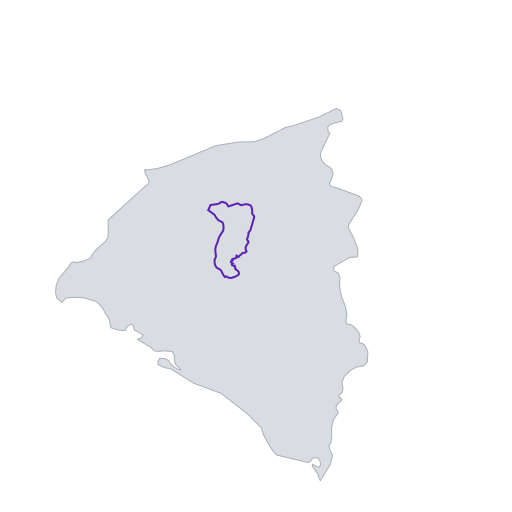 Nicaragua, with Boaco highlighted, rotated 118°
{"feature_id": "NIC-668", "entity_name": "Boaco", "entity_type": "Department", "adm_level": 1, "iso_a3": "NIC", "parent_name": "Nicaragua", "parent_adm1": "", "projection": "mercator", "projection_center": [-85.423, 12.417], "detail": "fine", "context": "in_parent", "style": "outline", "palette": "violet", "viewbox_px": 512, "rotation_deg": 118, "n_neighbors": 0, "source": "natural_earth", "source_scale": "10m", "svg_char_len": 4334}
<svg xmlns="http://www.w3.org/2000/svg" viewBox="0 0 512 512"><g transform="rotate(118 256 256)"><path d="M424.2,93.7L422.2,96.5L419.9,98.4L415.1,107.6L413.5,108.4L413.1,101.6L410.3,100.7L407.0,103.2L405.1,106.7L408.0,111.2L410.6,111.3L413.7,112.5L422.0,144.0L420.2,149.7L415.0,158.4L410.1,165.8L405.2,170.5L399.2,190.3L393.7,222.4L397.6,251.2L395.6,277.8L397.4,284.0L397.9,291.8L393.8,293.2L391.6,293.0L389.2,288.2L389.5,284.0L391.9,279.0L392.9,272.3L391.7,268.8L389.4,276.5L385.2,279.9L382.4,281.1L379.7,285.0L382.6,292.2L386.2,297.5L387.4,301.4L386.1,305.9L385.3,321.4L384.0,321.0L382.6,318.9L378.8,318.7L378.3,325.0L378.6,328.5L375.4,331.2L374.2,333.8L376.9,335.7L379.8,336.9L383.4,336.6L386.5,344.3L387.4,350.5L380.4,356.3L378.1,361.0L374.1,366.8L371.9,372.5L371.3,376.5L374.0,389.4L378.7,398.6L382.7,404.4L388.1,405.6L386.9,411.7L382.8,415.6L375.5,418.8L367.4,419.4L354.2,416.4L348.9,416.0L346.8,414.4L346.1,411.4L342.4,406.9L335.5,400.9L331.5,401.3L324.9,400.0L314.1,395.9L309.1,395.4L302.0,398.9L293.6,403.5L273.5,396.3L259.4,391.3L246.7,386.7L243.3,385.0L240.5,385.3L238.1,387.7L235.4,391.9L234.5,393.2L233.0,394.3L231.4,394.6L231.3,392.6L225.1,384.2L215.2,374.2L177.3,343.2L163.4,324.7L156.0,311.3L148.8,304.4L128.4,290.1L123.7,284.5L103.4,265.4L88.0,254.3L87.8,249.5L94.1,243.6L97.2,243.8L100.6,248.1L106.1,252.9L108.7,253.0L112.5,250.7L112.6,248.5L133.3,247.5L137.0,246.3L140.8,242.8L142.7,237.9L143.0,233.1L143.8,229.8L147.2,226.5L153.2,225.5L157.9,225.1L159.3,222.9L157.9,215.7L155.4,198.2L154.8,193.3L155.7,189.7L157.6,188.4L166.8,187.5L184.2,189.0L187.6,187.9L194.5,177.9L201.0,170.6L205.6,167.3L209.3,166.3L213.5,172.8L228.2,182.1L230.7,181.6L232.1,181.1L232.6,179.7L232.3,175.4L236.0,171.5L243.6,168.0L251.3,161.8L259.0,153.0L265.7,147.8L271.3,146.2L273.5,143.8L272.1,140.5L272.6,135.8L274.8,129.8L278.1,126.3L282.4,125.3L284.1,123.4L283.2,120.6L284.1,117.4L288.0,112.3L297.3,107.9L302.6,109.4L307.0,115.3L313.3,119.3L321.3,121.5L327.6,120.7L332.1,117.0L336.1,115.8L339.7,117.3L341.5,116.5L341.7,113.4L343.6,112.6L347.1,114.3L350.2,114.7L352.9,113.9L353.9,112.4L354.5,110.9L356.5,109.7L363.5,110.8L371.3,109.0L380.0,104.3L385.8,102.2L388.6,102.7L392.0,100.3L396.0,95.0L405.0,92.6L424.2,93.7Z" fill="#d9dde1" stroke="#a8b0b8" stroke-width="1"/><path d="M256.5,266.5L256.9,266.6L257.6,266.8L258.3,267.4L258.9,268.2L259.2,268.9L259.7,269.2L262.2,270.1L263.6,270.8L264.8,270.9L265.3,271.3L265.2,271.5L264.8,273.4L265.3,273.4L266.6,272.6L267.4,272.7L269.7,275.4L270.2,275.5L270.4,274.7L270.7,274.5L271.4,274.7L272.1,275.2L272.5,275.5L273.0,275.5L273.3,275.0L273.5,274.4L273.6,273.7L273.5,272.9L274.8,273.3L275.4,272.7L275.3,271.5L274.5,270.3L275.5,269.4L275.8,269.2L275.7,269.0L276.3,268.5L276.9,268.1L277.1,268.2L277.4,267.0L277.7,264.9L278.1,264.0L279.5,262.7L280.9,262.7L282.3,263.4L284.5,265.1L284.8,265.2L285.4,266.2L286.1,266.5L286.5,266.9L287.0,267.5L287.6,268.7L288.0,269.7L288.1,271.1L287.8,272.3L287.9,272.6L288.0,272.9L288.8,273.3L289.2,273.7L288.3,275.6L285.4,279.8L285.1,280.4L284.9,281.0L284.8,281.9L284.8,284.7L284.6,285.5L284.2,286.4L283.0,288.0L282.1,288.8L281.0,289.6L278.9,290.7L277.8,290.9L277.3,290.9L276.6,290.8L275.8,291.0L274.7,291.4L270.3,294.5L269.4,295.0L266.3,296.0L262.3,296.4L257.0,297.4L253.8,297.3L251.6,297.2L249.8,296.9L248.9,296.9L247.9,297.2L245.1,298.6L243.1,300.0L242.8,300.4L242.2,301.2L242.0,301.6L242.0,302.0L242.0,303.9L242.1,305.3L242.1,305.8L242.0,306.3L240.5,309.8L240.4,309.9L240.3,310.0L240.2,310.2L239.5,311.3L239.1,312.0L237.9,319.7L232.3,320.1L228.3,314.5L226.3,312.7L225.1,312.3L224.5,311.8L224.1,311.3L223.9,310.7L223.8,309.6L223.4,308.1L223.8,306.0L225.0,304.1L225.1,303.7L225.0,303.4L218.4,297.2L218.2,296.8L218.1,296.3L218.1,295.0L218.2,293.5L218.2,293.0L217.9,292.6L216.0,290.6L215.1,289.3L214.6,288.4L214.2,287.3L213.9,284.8L214.4,283.4L216.6,281.4L217.0,281.1L220.5,279.1L221.8,276.3L223.1,275.7L236.0,273.0L237.0,273.3L238.2,273.5L238.6,273.7L238.8,273.7L239.1,273.6L240.0,272.8L240.9,272.7L242.4,272.4L243.1,272.0L243.5,272.0L244.9,271.9L245.3,271.9L245.6,271.8L245.9,271.4L246.8,269.5L246.9,269.4L247.1,269.2L247.3,269.1L247.5,269.1L252.3,269.4L253.1,269.3L253.5,269.1L253.7,268.8L253.9,268.7L254.5,268.5L254.8,268.4L255.1,268.2L255.3,268.0L255.5,267.7L255.7,267.4L255.8,267.1L255.9,266.9L256.5,266.5Z" fill="none" stroke="#5b21b6" stroke-width="2"/></g></svg>